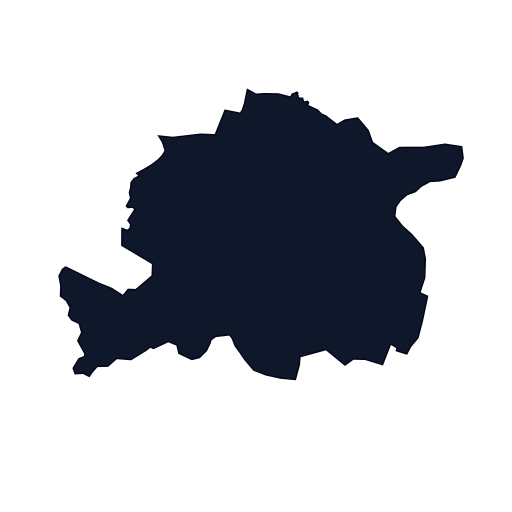 Ewekoro, Ogun, Nigeria (Mercator projection), rotated 199°
{"feature_id": "59680162B67809263123643", "entity_name": "Ewekoro", "entity_type": "district", "adm_level": 2, "iso_a3": "NGA", "parent_name": "Nigeria", "parent_adm1": "Ogun", "projection": "mercator", "projection_center": [3.208, 6.974], "detail": "fine", "context": "isolated", "style": "filled", "palette": "ink", "viewbox_px": 512, "rotation_deg": 199, "n_neighbors": 0, "source": "geoboundaries", "source_scale": "gbopen_adm2", "svg_char_len": 1996}
<svg xmlns="http://www.w3.org/2000/svg" viewBox="0 0 512 512"><g transform="rotate(199 256 256)"><path d="M178.6,152.1L179.7,167.4L181.7,175.1L159.3,190.4L136.4,181.9L130.5,190.3L119.1,193.9L101.0,194.5L100.1,216.8L92.6,215.0L92.5,212.2L81.6,212.5L80.4,220.6L76.3,231.4L77.5,247.8L79.3,262.6L80.7,273.7L89.2,274.6L89.4,290.3L95.0,308.5L97.2,312.2L100.5,318.1L115.8,327.0L127.6,332.0L137.8,338.6L139.8,348.1L137.7,355.5L133.3,363.1L126.3,368.8L122.6,375.7L115.8,383.2L106.9,386.8L93.6,395.3L92.1,408.1L92.0,415.8L97.1,426.2L113.7,423.2L132.7,413.3L155.5,405.4L164.3,395.7L182.9,401.3L190.7,411.1L204.8,419.6L216.4,413.3L222.2,406.5L236.0,411.2L240.4,411.5L245.3,414.0L256.3,415.1L256.3,418.3L257.9,418.9L260.8,416.9L262.2,418.5L263.3,420.3L264.9,419.8L266.3,419.0L267.2,419.7L268.6,420.5L268.4,421.3L270.0,421.9L269.4,423.5L270.6,424.2L274.6,420.6L274.8,417.5L287.5,416.5L300.8,412.2L308.7,408.9L318.3,410.6L316.5,396.5L316.4,389.6L317.3,385.7L319.0,385.6L325.4,384.7L332.7,383.7L334.0,357.3L348.0,353.1L373.2,341.0L387.0,337.8L381.5,333.3L376.1,326.1L377.2,320.7L379.6,315.3L384.4,308.1L390.6,300.8L395.7,295.3L392.2,293.8L396.3,289.6L398.0,284.9L396.7,279.8L396.3,274.7L393.3,269.8L394.8,261.0L393.0,260.1L388.4,262.1L385.7,260.9L388.7,248.0L384.8,245.2L384.1,241.2L385.9,238.3L391.7,238.5L386.3,222.4L351.2,215.1L347.7,203.5L358.6,185.0L366.0,182.8L368.8,175.1L381.9,178.3L396.6,179.1L432.3,183.6L434.6,180.5L435.7,173.0L430.8,164.3L427.8,154.5L421.0,152.2L414.8,146.8L414.1,138.9L409.3,135.6L401.3,134.7L395.8,126.9L396.9,117.9L385.9,107.9L385.3,105.2L390.0,101.1L392.3,90.4L388.7,85.8L381.1,88.9L374.5,87.9L374.2,88.8L373.2,92.7L370.3,99.9L360.3,103.6L354.4,113.8L340.5,117.4L329.6,130.7L326.2,135.7L322.9,135.2L311.2,146.6L301.7,146.1L297.2,138.9L283.0,137.3L276.4,141.6L272.1,150.3L271.1,158.6L271.3,162.0L268.1,166.8L255.2,172.9L251.2,170.0L246.6,164.4L240.4,160.1L232.3,154.1L220.9,147.4L207.8,146.9L193.0,148.6L178.6,152.1Z" fill="#0f172a" stroke="#020617" stroke-width="1.5"/></g></svg>